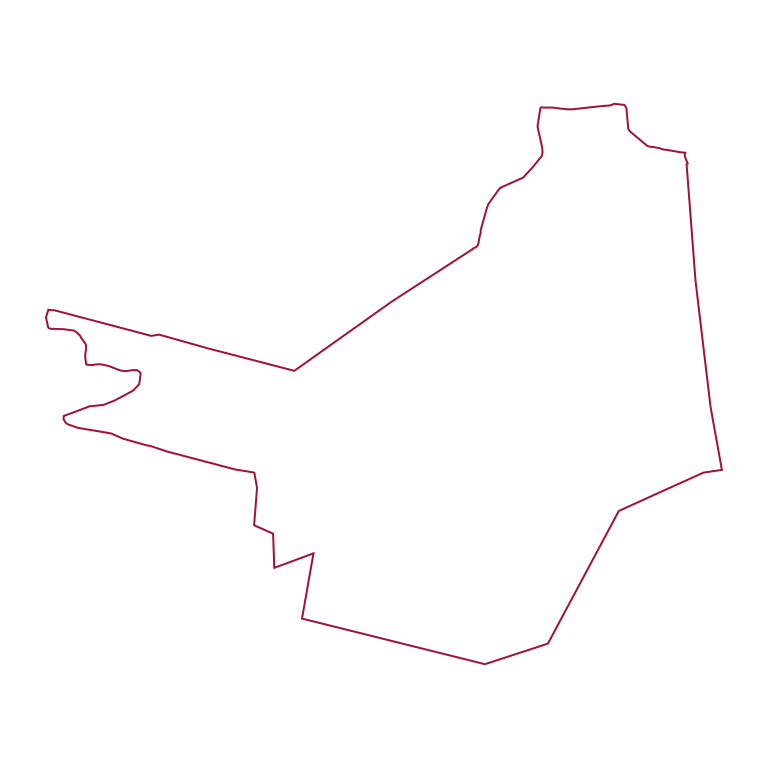 the district of Kwekwe Urban, Midlands, Zimbabwe
{"feature_id": "62879985B80414783582816", "entity_name": "Kwekwe Urban", "entity_type": "district", "adm_level": 2, "iso_a3": "ZWE", "parent_name": "Zimbabwe", "parent_adm1": "Midlands", "projection": "orthographic", "projection_center": [29.786, -18.913], "detail": "fine", "context": "isolated", "style": "outline", "palette": "rose", "viewbox_px": 768, "rotation_deg": 0, "n_neighbors": 0, "source": "geoboundaries", "source_scale": "gbopen_adm2", "svg_char_len": 3788}
<svg xmlns="http://www.w3.org/2000/svg" viewBox="0 0 768 768"><path d="M595.1,106.8L571.5,109.4L571.1,109.3L570.7,109.3L569.3,109.3L568.4,109.3L567.5,109.3L566.6,109.3L564.9,108.9L563.8,108.9L562.9,108.7L561.5,108.8L560.9,108.6L560.4,108.6L560.0,108.6L559.5,108.4L558.6,108.4L558.1,108.2L557.5,108.2L557.2,108.1L556.8,108.1L556.3,107.9L555.4,107.9L554.5,107.9L553.4,107.7L552.4,107.5L550.9,107.5L550.4,107.5L547.2,107.6L546.3,107.6L545.7,107.6L544.5,107.6L543.4,107.6L542.5,107.4L541.6,107.4L541.0,107.4L540.3,108.5L538.0,123.4L537.7,124.0L537.7,126.4L537.7,127.5L541.9,146.3L542.1,147.2L542.2,148.1L542.4,149.0L542.4,149.9L542.4,150.4L542.5,152.8L542.2,153.7L542.2,154.6L541.9,155.4L541.6,156.3L532.6,167.3L532.1,167.8L531.4,168.6L523.5,177.3L523.8,177.3L501.0,187.4L501.1,187.7L500.5,188.0L499.9,188.3L499.0,189.2L488.5,203.9L488.2,204.2L488.2,204.5L487.9,205.1L487.7,206.0L487.1,207.2L480.7,230.1L480.7,230.7L480.7,231.6L480.7,232.8L480.4,233.7L480.1,234.9L479.8,235.4L478.1,244.9L477.8,245.2L477.5,245.7L477.2,246.0L477.0,246.3L476.4,246.9L475.8,247.2L474.6,247.8L473.7,248.1L472.9,248.7L472.3,249.3L471.7,249.6L471.7,249.9L471.4,249.9L392.0,301.4L294.3,370.8L293.9,370.7L208.3,348.5L159.0,334.6L151.4,335.9L54.5,310.3L50.6,310.1L48.4,309.7L46.1,316.8L46.1,318.0L48.2,327.5L48.5,327.9L49.0,328.2L49.5,328.4L50.0,328.5L50.5,328.7L51.0,328.9L51.5,328.9L52.0,328.9L53.8,328.9L54.5,328.9L55.1,328.9L60.8,329.1L61.5,329.1L62.5,329.1L62.9,329.1L63.3,329.2L63.6,329.2L74.1,330.6L74.7,331.1L75.6,331.6L76.1,332.0L76.5,332.3L76.9,332.5L77.2,332.8L77.5,333.1L77.9,333.6L78.2,334.0L78.7,334.3L79.0,334.6L79.4,335.0L79.9,335.5L80.3,336.2L80.7,336.8L81.0,337.3L81.2,337.7L81.2,337.8L81.3,337.8L85.8,344.5L86.1,346.2L86.1,347.0L86.1,347.9L86.1,348.5L86.1,349.1L86.1,349.4L85.9,349.7L85.2,355.2L85.2,355.7L85.2,356.4L85.2,357.1L85.2,357.4L86.1,363.9L86.3,364.1L86.5,364.4L86.5,364.6L90.8,365.1L91.0,365.1L91.3,365.1L91.5,365.1L92.0,365.1L92.5,365.0L93.1,365.0L93.3,365.0L93.5,365.0L94.0,364.8L94.8,364.6L95.8,364.5L98.1,364.3L99.1,364.3L99.6,364.3L100.0,364.1L109.6,366.2L110.1,366.4L110.4,366.5L110.9,366.9L111.4,367.0L112.1,367.2L112.6,367.5L113.2,367.7L113.9,368.0L119.5,370.2L120.8,370.6L121.5,370.6L122.3,370.7L123.0,370.9L123.5,370.9L124.2,370.9L124.8,371.1L125.7,371.1L133.3,370.1L134.3,370.1L135.1,370.1L136.0,370.1L136.6,370.1L137.0,370.3L137.5,370.3L140.4,372.7L140.4,373.0L140.6,373.3L140.6,373.8L140.6,374.3L140.4,374.8L140.4,375.3L139.5,382.3L139.4,383.0L139.2,383.5L139.0,384.0L139.0,384.4L138.9,384.5L133.5,390.2L133.0,390.5L132.7,390.8L114.7,400.5L103.6,404.8L92.3,406.1L91.3,406.1L90.5,406.1L90.2,406.1L64.5,415.7L64.3,415.7L63.8,416.0L63.6,418.2L63.5,418.5L63.5,419.0L65.6,422.7L65.8,422.9L66.1,423.0L66.7,423.5L67.2,423.9L68.1,424.4L76.7,427.4L77.0,427.4L77.5,427.8L78.2,427.9L109.6,433.2L110.4,433.4L110.9,433.4L111.0,433.4L123.3,438.8L147.6,445.6L149.5,445.7L167.3,451.6L224.3,466.6L235.4,469.5L253.3,472.4L254.2,472.4L254.2,472.1L256.9,487.1L256.9,487.7L256.9,488.5L256.9,489.7L254.1,525.3L266.3,530.7L273.1,533.7L274.3,567.8L313.5,553.3L302.0,618.6L482.5,663.6L484.8,664.2L547.9,643.6L618.2,512.1L618.9,510.9L658.3,493.0L659.4,492.5L703.5,472.6L721.9,469.9L710.6,407.2L697.7,299.2L695.4,279.7L695.4,279.4L686.6,164.2L687.7,163.5L684.8,156.5L684.8,154.0L684.8,153.5L685.0,153.3L685.2,152.7L684.3,152.6L681.4,152.4L668.0,150.1L663.0,149.4L662.0,149.1L661.1,148.7L660.2,148.5L659.3,148.0L656.8,147.7L653.9,147.1L651.0,146.8L648.5,146.4L647.5,146.1L629.8,131.3L629.4,130.5L628.9,129.8L628.3,128.9L626.5,109.7L626.5,108.8L626.5,108.7L626.5,108.4L625.9,107.4L625.4,106.5L624.9,105.6L624.3,104.9L614.3,103.8L613.8,104.0L613.2,104.2L612.9,104.4L612.2,104.6L611.5,104.9L610.4,105.3L609.3,105.5L606.8,105.7L604.0,105.9L595.1,106.8Z" fill="none" stroke="#9f1239" stroke-width="2"/></svg>